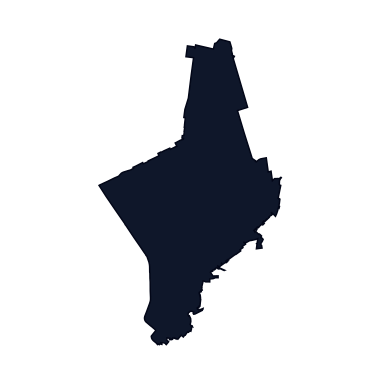 the district of Sector 4, Bucharest, Romania, rotated 216°
{"feature_id": "2599482B40400618914194", "entity_name": "Sector 4", "entity_type": "district", "adm_level": 2, "iso_a3": "ROU", "parent_name": "Romania", "parent_adm1": "Bucharest", "projection": "mercator", "projection_center": [26.104, 44.382], "detail": "fine", "context": "isolated", "style": "filled", "palette": "ink", "viewbox_px": 384, "rotation_deg": 216, "n_neighbors": 0, "source": "geoboundaries", "source_scale": "gbopen_adm2", "svg_char_len": 5778}
<svg xmlns="http://www.w3.org/2000/svg" viewBox="0 0 384 384"><g transform="rotate(216 192 192)"><path d="M237.3,325.3L237.5,326.7L240.0,326.2L240.3,327.2L243.1,329.5L244.3,331.6L249.6,335.7L259.4,331.9L259.8,327.2L260.9,325.5L258.7,320.2L272.8,314.2L275.5,313.1L274.0,310.1L274.2,309.9L275.3,310.7L275.8,310.6L281.6,307.5L276.4,297.9L269.7,301.6L261.5,286.4L250.1,265.8L246.3,254.7L242.4,247.5L241.5,248.1L240.5,247.2L237.5,241.9L237.4,241.9L236.3,239.8L235.9,240.0L234.0,236.4L233.8,236.5L231.8,232.8L233.0,231.9L231.9,229.9L231.7,229.7L230.4,230.4L230.0,229.6L231.7,227.3L234.4,221.8L231.2,220.1L231.8,219.1L231.7,219.1L232.0,218.4L232.1,218.5L234.6,213.8L235.7,214.4L235.9,213.9L236.0,213.9L238.9,208.8L239.7,207.1L240.7,205.6L240.9,205.7L242.2,203.2L240.0,201.9L245.7,191.4L245.2,191.1L248.0,186.1L249.2,186.8L252.8,179.7L254.2,177.3L253.2,176.8L254.7,173.6L256.0,172.0L259.2,167.7L259.6,167.0L260.2,165.7L260.6,162.4L260.6,161.7L263.0,157.7L266.6,150.9L270.7,143.6L271.1,142.7L258.8,137.9L243.7,132.5L227.5,126.8L227.1,126.4L226.5,126.2L226.1,126.2L211.8,120.9L201.8,117.4L195.5,115.1L192.8,114.2L191.8,113.6L191.3,113.7L189.7,112.9L189.6,112.7L185.4,109.8L183.6,108.1L182.4,106.7L179.1,102.3L178.2,101.4L175.3,97.5L172.9,94.6L169.8,90.4L167.6,87.4L163.4,82.1L162.4,80.7L161.8,79.7L161.4,78.7L160.8,77.0L158.3,68.2L157.1,63.6L156.5,62.3L155.7,61.3L154.5,60.4L153.2,59.9L146.9,59.4L145.8,59.4L140.9,59.0L140.1,58.6L139.8,58.3L140.0,56.3L140.2,51.4L138.9,50.1L137.6,49.4L136.8,49.2L135.9,49.0L132.2,48.8L131.3,48.6L130.3,48.3L130.1,49.2L128.8,49.2L128.7,51.3L127.8,50.6L127.6,50.6L126.8,51.0L127.9,52.4L127.6,52.6L125.8,53.6L125.1,53.7L124.7,53.7L124.3,53.9L123.9,53.7L123.6,53.4L123.1,53.4L122.9,57.1L125.5,57.3L125.5,57.6L126.5,59.1L125.5,59.8L125.6,60.0L125.0,60.2L124.9,60.1L124.0,60.6L123.8,60.0L123.4,59.3L122.9,59.7L123.1,60.2L122.8,60.1L122.2,60.3L122.2,60.6L121.7,60.7L121.8,61.4L121.2,61.5L121.2,61.8L121.8,62.6L121.5,62.9L121.1,63.0L120.2,63.3L120.2,63.8L118.4,63.7L118.4,63.9L118.2,64.3L117.8,64.6L116.9,64.6L116.6,69.8L113.8,69.6L113.8,71.6L113.3,72.1L113.4,74.8L113.4,75.9L113.2,75.8L112.3,76.5L112.3,77.8L111.8,78.2L111.8,78.6L111.1,78.7L111.8,80.6L112.3,81.5L112.7,82.0L113.5,82.6L113.3,82.9L112.3,83.2L113.2,83.8L114.0,83.5L114.6,83.4L115.3,83.7L115.6,83.7L116.7,86.3L116.9,86.6L117.2,86.7L117.2,87.0L118.7,88.8L121.4,90.3L121.8,89.6L122.6,90.2L123.2,90.4L123.9,92.1L123.1,94.7L122.8,95.0L120.5,95.9L120.1,96.0L119.9,94.8L119.8,94.6L118.9,94.1L118.3,94.6L117.9,95.0L117.0,96.7L114.1,102.3L114.6,103.4L114.3,103.6L114.6,104.3L116.0,102.0L116.9,101.1L117.2,100.9L117.4,100.6L117.8,100.6L117.9,100.8L118.5,100.4L119.1,101.3L119.1,101.5L119.0,101.8L119.2,101.7L119.3,101.7L119.6,101.5L119.6,101.8L118.5,102.7L119.2,103.8L118.5,104.3L121.9,110.3L122.2,110.1L122.7,110.8L123.3,111.6L123.2,111.7L124.0,112.6L124.3,112.2L124.4,112.3L124.9,112.8L124.6,113.2L125.2,113.7L125.5,113.4L126.2,114.1L126.3,114.0L126.9,114.5L127.0,114.9L126.7,115.2L127.0,115.5L125.9,116.8L127.0,117.7L126.1,118.6L128.3,120.5L128.0,120.8L128.4,121.2L130.7,126.6L129.9,127.0L128.4,127.2L124.8,129.7L126.5,132.1L124.0,134.3L123.8,134.6L122.6,136.5L120.5,138.0L121.6,139.5L125.6,136.4L129.8,137.8L129.6,138.6L129.9,138.6L129.8,139.1L129.5,139.0L129.4,139.6L129.1,139.5L128.9,139.7L128.8,139.9L129.2,140.0L129.4,140.3L129.4,140.5L129.2,141.0L129.0,140.9L128.6,142.4L128.2,142.4L128.1,142.8L128.0,142.7L127.8,143.5L128.1,143.5L127.9,144.4L128.0,144.4L127.7,145.2L127.5,145.4L126.5,145.2L125.6,145.2L125.5,145.6L124.8,145.7L124.7,145.9L124.7,146.0L124.9,146.0L124.9,146.4L122.3,146.9L122.2,146.4L122.1,146.9L119.9,147.4L119.9,147.5L119.6,147.9L123.4,147.1L125.4,146.8L126.5,146.8L126.5,147.0L127.7,147.2L127.7,147.3L127.0,147.2L126.9,147.4L126.0,147.3L124.8,151.1L125.3,151.2L125.5,150.8L125.6,151.3L126.2,151.5L126.2,151.8L124.7,151.3L123.5,154.9L122.9,154.8L122.3,156.7L122.7,156.8L123.0,155.6L124.2,156.0L124.1,156.3L123.9,156.8L123.6,156.7L123.4,157.1L123.7,157.2L123.4,158.1L122.7,157.8L122.6,158.0L122.4,158.5L122.9,158.6L122.7,159.2L122.7,159.3L120.6,165.9L120.0,167.4L119.8,167.4L118.0,172.9L118.5,173.1L118.5,173.3L119.2,173.5L118.1,176.9L118.9,177.1L118.9,177.4L119.3,177.5L119.2,177.9L118.4,180.2L118.0,181.2L118.5,181.5L119.1,181.4L119.4,182.0L120.4,181.6L120.5,181.9L118.6,182.6L117.0,186.0L116.8,186.5L115.4,187.8L112.6,191.0L111.4,193.0L111.1,192.4L109.7,189.8L109.4,189.8L109.4,188.1L108.8,188.1L106.5,183.9L102.4,187.8L104.3,189.7L105.9,190.1L106.2,193.7L106.6,195.5L106.8,195.6L108.8,195.9L109.6,195.5L109.9,197.3L112.0,197.6L113.1,197.5L113.2,196.9L117.3,197.6L117.5,196.7L117.6,196.8L119.2,197.1L119.0,197.9L119.3,198.0L119.1,199.0L117.5,198.7L117.4,199.5L117.9,199.6L117.8,200.3L118.7,200.5L118.5,201.4L118.6,202.0L117.5,201.9L117.2,203.0L117.2,203.5L117.4,203.6L117.3,204.0L117.1,205.3L116.9,205.3L116.5,207.2L115.4,207.0L115.2,208.2L115.2,208.3L115.1,208.9L115.4,208.9L115.5,208.5L115.8,208.2L116.8,208.4L116.7,209.2L117.1,209.3L116.9,210.7L115.8,210.5L115.5,212.3L115.9,212.4L115.9,212.7L115.7,213.8L115.2,213.7L114.6,216.9L115.0,217.0L114.9,217.6L114.4,219.8L114.1,219.8L113.8,221.2L114.7,221.3L114.6,221.9L115.5,222.0L115.4,222.3L110.2,221.4L110.7,223.9L111.8,227.4L113.0,230.4L112.1,230.2L112.8,231.9L113.3,232.0L114.0,232.4L114.3,233.5L116.6,237.7L117.1,237.5L117.1,237.9L117.6,237.9L118.6,237.5L123.8,248.9L124.1,249.5L125.1,249.2L125.7,249.3L127.7,252.3L127.9,252.8L128.3,254.8L128.0,256.7L128.3,256.1L128.9,255.9L129.0,255.0L129.2,254.2L129.6,253.8L130.1,253.6L133.1,251.3L133.6,248.4L140.3,255.3L142.1,253.0L152.0,263.3L155.8,259.3L156.2,258.7L156.8,257.6L157.1,256.7L157.4,255.4L157.6,254.3L158.4,254.0L158.4,254.6L163.0,254.5L184.6,270.5L198.9,281.4L203.1,284.6L196.8,293.2L238.1,325.0L237.3,325.3Z" fill="#0f172a" stroke="#020617" stroke-width="1.5"/></g></svg>